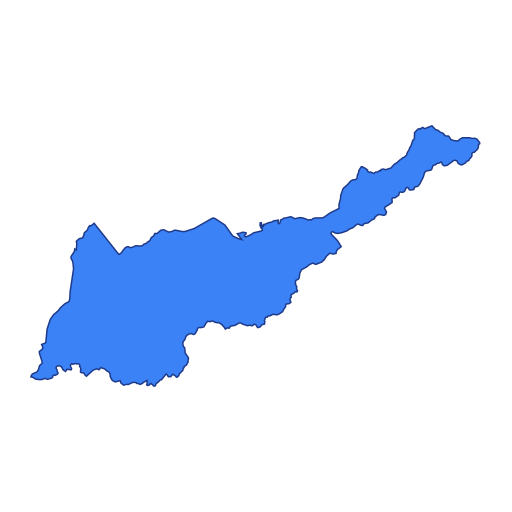 the district of Lugari, Western, Kenya, rotated 189°
{"feature_id": "3690345B14512896386362", "entity_name": "Lugari", "entity_type": "district", "adm_level": 2, "iso_a3": "KEN", "parent_name": "Kenya", "parent_adm1": "Western", "projection": "mercator", "projection_center": [34.875, 0.621], "detail": "fine", "context": "isolated", "style": "filled", "palette": "blue", "viewbox_px": 512, "rotation_deg": 189, "n_neighbors": 0, "source": "geoboundaries", "source_scale": "gbopen_adm2", "svg_char_len": 6105}
<svg xmlns="http://www.w3.org/2000/svg" viewBox="0 0 512 512"><g transform="rotate(189 256 256)"><path d="M459.4,101.4L457.5,101.3L454.3,99.9L450.0,100.1L447.9,100.6L445.1,102.2L443.0,101.5L439.7,102.9L438.0,104.1L437.7,106.3L436.8,106.9L435.6,106.7L433.5,108.4L433.2,109.5L434.5,111.3L434.7,112.5L435.9,113.8L436.0,115.3L434.8,116.3L433.3,116.8L431.7,116.4L430.4,115.7L428.5,113.2L426.0,112.2L425.1,114.5L420.7,114.7L420.5,115.8L422.0,118.1L422.2,119.3L421.8,120.0L421.2,120.7L420.3,120.4L417.1,121.6L416.2,121.3L414.9,121.9L413.7,121.5L413.0,120.6L413.0,119.6L411.5,117.6L411.2,113.9L410.4,113.4L407.8,113.6L406.0,111.5L404.7,110.7L398.9,117.9L395.4,119.7L393.2,119.1L391.9,121.5L387.9,120.8L385.0,119.0L383.2,118.5L381.8,116.9L381.1,114.2L379.1,111.2L378.3,110.7L376.0,109.7L374.9,109.8L370.7,111.6L369.5,109.4L366.6,107.7L364.0,108.9L361.9,109.2L357.7,112.0L354.7,112.2L353.7,111.4L352.7,111.8L350.6,111.0L348.6,112.1L346.9,114.0L344.1,116.0L343.6,112.9L343.9,111.7L343.1,111.1L341.3,111.8L340.7,112.4L340.5,113.4L339.4,113.5L336.7,111.6L335.8,111.6L335.1,112.2L334.6,114.7L333.2,115.6L331.4,118.4L330.0,119.0L326.3,125.4L325.1,124.7L323.7,123.0L321.3,123.5L319.7,126.2L316.5,124.8L315.9,124.0L315.0,123.9L313.5,125.8L313.4,127.4L310.3,131.7L310.4,133.6L309.6,134.5L309.6,135.6L307.7,137.3L306.5,140.6L306.8,141.7L306.6,143.9L307.0,145.1L310.3,148.6L311.3,150.3L311.2,151.2L312.2,154.3L313.5,155.3L314.5,157.5L314.6,160.1L313.3,162.0L312.6,165.6L311.4,167.3L309.4,168.8L307.6,169.2L305.4,168.7L304.4,169.3L303.7,170.2L303.1,172.4L302.5,173.3L302.4,175.2L301.4,176.4L299.0,176.7L296.4,177.8L294.9,181.8L293.5,184.0L291.2,183.9L289.2,184.9L287.7,184.9L286.6,184.2L283.8,184.0L282.4,184.4L279.3,183.1L276.5,180.9L274.8,179.0L273.2,180.6L271.7,180.4L270.8,180.9L270.7,182.1L269.9,182.8L265.7,184.3L262.4,187.1L260.6,187.6L258.9,186.7L253.6,185.8L251.5,186.7L249.3,186.4L248.4,186.8L247.1,188.4L245.3,188.0L243.3,185.6L242.0,185.9L240.8,186.7L239.1,189.3L237.0,190.0L236.9,192.2L237.6,193.4L236.9,197.0L235.3,197.4L234.5,198.8L232.9,199.1L230.1,201.1L226.0,201.2L223.8,202.6L220.9,205.4L220.7,206.7L218.8,210.7L219.1,212.1L218.6,213.3L215.9,214.1L214.3,215.7L215.8,218.7L214.8,220.7L215.4,223.1L212.5,225.5L212.0,226.5L209.9,227.0L209.5,228.0L210.7,229.6L211.0,232.0L212.5,234.2L213.0,236.6L212.8,238.2L210.7,239.6L210.0,240.7L210.0,246.2L208.9,249.6L204.3,253.1L201.9,255.8L199.3,257.6L198.3,257.8L196.1,257.1L195.2,257.3L190.3,260.2L189.4,261.0L189.1,262.1L188.1,262.8L186.2,267.1L183.5,270.3L179.9,270.0L177.3,271.2L177.5,272.2L176.7,274.9L173.3,278.6L178.0,284.0L185.2,289.4L185.4,290.5L185.1,291.5L184.1,292.1L181.3,291.1L179.2,291.0L175.2,292.3L170.2,295.0L167.9,297.2L164.6,299.2L161.3,303.1L160.3,303.5L156.7,302.7L155.4,302.8L154.4,304.8L150.4,306.3L147.3,309.8L145.3,310.9L144.7,311.8L144.6,313.1L142.3,315.5L140.5,316.3L136.2,316.2L135.2,316.6L134.4,317.4L134.0,319.9L136.6,323.3L136.5,324.2L130.2,329.8L129.9,330.7L130.6,333.2L130.5,334.3L129.9,334.9L127.7,335.3L124.6,338.4L124.3,341.3L123.3,341.8L121.1,341.8L120.1,342.5L119.3,343.3L118.3,346.9L117.5,347.4L116.5,347.3L114.9,345.4L113.8,345.3L110.6,346.3L110.0,349.0L107.1,350.1L105.6,352.5L103.2,359.9L102.5,365.0L101.0,366.7L97.0,368.0L96.1,368.9L95.5,372.5L94.8,373.4L92.9,374.3L91.8,375.7L89.8,376.4L87.7,377.8L86.9,377.1L86.2,375.5L84.9,374.8L84.1,374.5L81.3,375.5L75.4,381.5L74.5,381.7L72.4,381.4L71.1,379.4L70.1,378.8L68.0,378.1L66.9,378.2L63.8,380.6L62.9,382.3L60.8,383.6L60.2,385.5L58.8,387.4L58.4,388.5L58.8,390.9L58.4,391.9L56.5,392.7L53.8,396.4L53.4,398.7L53.7,400.8L52.6,401.9L52.8,402.9L56.0,406.0L58.1,406.5L61.1,405.9L63.4,406.2L70.6,405.1L73.3,402.9L74.1,401.6L75.4,401.1L79.2,401.0L82.0,401.7L83.8,404.0L84.8,404.6L86.9,404.2L88.8,404.7L89.4,405.7L90.3,406.4L93.7,407.2L95.6,408.5L98.4,408.9L102.6,412.1L109.4,408.1L111.4,409.1L112.9,408.0L113.5,406.9L114.8,407.3L116.1,406.4L118.7,402.7L118.0,397.0L118.3,395.7L119.2,394.8L120.2,388.9L121.3,386.5L121.2,385.4L122.8,381.6L123.1,379.1L125.3,376.5L126.8,375.8L127.4,374.6L128.6,373.7L131.6,370.0L133.8,368.2L136.5,364.0L141.8,361.4L143.5,361.9L146.0,361.0L146.2,359.6L147.4,359.6L149.1,357.9L151.0,357.6L152.5,356.0L156.2,356.9L157.1,356.2L159.3,357.4L159.3,358.4L161.6,359.6L165.1,360.8L166.0,360.6L167.7,356.7L167.8,354.0L168.5,351.7L168.4,349.1L168.9,347.8L169.7,347.0L172.3,346.3L174.2,344.9L176.7,340.9L180.5,336.3L181.8,329.2L181.5,325.8L182.1,319.8L181.4,316.0L189.6,310.1L194.9,304.9L196.4,304.0L202.6,303.0L205.3,302.1L206.9,300.4L208.9,300.2L210.7,299.6L211.9,300.2L215.6,300.9L218.7,300.8L223.6,298.9L227.3,300.2L228.2,300.1L233.1,298.0L234.4,297.8L235.8,296.3L237.3,295.5L237.5,292.4L238.5,291.4L239.3,292.2L239.6,294.9L244.2,293.4L245.8,291.9L248.0,291.2L252.2,288.8L252.7,287.9L253.5,288.3L254.0,287.5L253.6,286.6L253.9,285.6L254.8,285.7L255.6,287.6L255.9,289.7L257.1,289.3L256.8,286.9L255.5,284.6L254.1,283.5L253.7,282.5L254.8,281.5L262.0,278.5L264.7,276.0L268.9,273.4L270.4,273.6L270.6,274.7L269.4,276.2L269.4,277.3L270.5,277.5L273.3,277.3L275.1,276.1L277.9,275.1L272.6,270.0L275.9,270.4L281.5,271.9L282.9,272.9L291.5,281.7L301.9,286.4L303.3,286.8L304.9,286.6L321.3,273.5L329.9,269.1L332.4,268.6L339.0,268.9L340.6,268.7L342.7,267.1L345.5,266.1L346.7,266.1L351.1,267.5L354.2,266.5L357.0,262.9L359.6,262.3L360.0,260.1L362.3,257.8L363.3,254.5L365.6,252.5L366.2,251.3L368.7,250.1L369.3,248.9L371.3,247.8L376.4,247.3L379.2,245.4L381.4,244.6L383.7,245.2L384.9,244.9L386.8,243.3L389.9,237.5L391.8,236.1L421.0,263.0L423.8,259.9L425.0,260.0L426.0,258.1L426.6,255.3L429.1,252.1L429.4,250.9L429.1,249.5L429.8,248.5L429.6,247.4L431.4,246.0L432.3,246.0L433.4,245.3L435.5,242.8L435.7,242.0L435.0,240.6L434.4,233.9L436.1,234.6L436.1,232.1L438.6,226.5L438.2,224.5L436.6,222.6L435.6,220.2L434.2,214.8L434.0,191.6L433.3,185.4L433.4,182.4L433.8,181.6L437.3,178.9L441.0,174.4L442.9,170.8L446.6,166.6L449.3,161.2L450.9,151.1L450.1,137.9L450.5,137.1L453.9,135.1L452.4,132.9L452.4,130.5L455.1,127.8L454.6,125.8L451.0,118.7L450.5,117.4L450.7,116.3L452.6,113.9L453.1,109.9L454.2,107.2L458.4,104.5L459.1,103.2L459.4,101.4Z" fill="#3b82f6" stroke="#1e3a8a" stroke-width="1.5"/></g></svg>